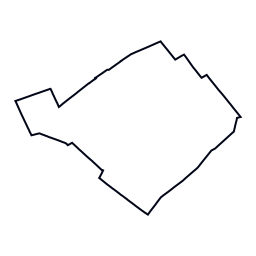 outline of Biled, Timis, Romania
{"feature_id": "2599482B65563372669313", "entity_name": "Biled", "entity_type": "district", "adm_level": 2, "iso_a3": "ROU", "parent_name": "Romania", "parent_adm1": "Timis", "projection": "robinson", "projection_center": [20.95, 45.877], "detail": "fine", "context": "isolated", "style": "outline", "palette": "ink", "viewbox_px": 256, "rotation_deg": 0, "n_neighbors": 0, "source": "geoboundaries", "source_scale": "gbopen_adm2", "svg_char_len": 2791}
<svg xmlns="http://www.w3.org/2000/svg" viewBox="0 0 256 256"><path d="M147.9,214.6L150.6,210.8L153.9,206.6L155.7,204.2L157.6,201.6L160.8,197.4L163.3,195.4L168.5,191.6L170.7,189.9L173.7,187.5L180.0,182.8L182.9,180.6L185.7,178.0L188.5,175.6L190.9,173.5L196.3,168.9L196.9,168.4L197.8,167.5L199.5,165.4L200.3,164.3L203.9,159.8L207.7,155.1L211.4,150.5L215.0,148.6L215.3,148.4L218.2,145.7L223.2,141.2L227.6,137.2L232.2,133.0L232.9,132.4L233.3,132.1L233.8,131.7L234.5,128.8L235.5,124.4L236.7,119.7L237.0,117.9L240.6,117.0L237.1,112.6L234.0,108.8L233.5,108.2L230.4,104.2L228.8,102.3L226.6,99.5L225.4,98.0L223.1,95.2L221.7,93.5L218.7,90.1L216.9,87.8L213.7,83.8L210.2,79.5L207.2,75.6L206.7,74.9L205.1,75.8L202.8,77.1L201.6,77.8L199.8,75.7L196.4,71.3L192.8,66.9L192.4,66.3L188.6,60.9L185.9,57.1L185.1,56.0L184.0,54.6L181.5,55.9L176.8,58.7L175.2,59.6L171.6,55.1L168.4,51.1L167.4,49.8L165.7,47.8L163.7,45.3L161.8,43.0L160.6,41.4L156.8,43.0L149.4,46.3L147.8,47.0L141.5,49.7L137.7,51.3L135.5,52.2L134.5,52.7L132.5,53.6L132.2,53.7L131.5,54.0L131.3,54.0L129.6,55.2L125.2,58.1L121.2,60.8L121.3,60.9L119.5,62.2L116.1,64.6L112.3,67.3L109.3,69.5L108.7,69.9L108.1,69.8L107.6,69.7L107.2,69.8L106.8,70.0L105.1,71.2L101.8,73.5L98.7,75.6L96.7,77.0L95.3,77.8L95.9,78.4L94.6,79.4L94.4,79.3L94.0,79.6L93.2,80.2L89.0,83.4L88.8,83.3L85.5,85.9L81.3,89.2L78.5,91.4L76.1,93.4L73.5,95.4L69.7,98.3L67.4,100.1L63.6,103.1L62.0,104.4L60.4,105.8L58.9,107.0L57.8,104.5L57.0,102.6L56.6,102.0L55.1,98.8L54.0,96.4L52.6,93.5L52.3,92.5L51.9,91.7L50.5,88.8L50.4,88.8L46.3,90.2L42.3,91.6L39.2,92.7L36.5,93.6L32.5,95.0L28.4,96.5L25.5,97.5L21.9,98.8L19.3,99.7L15.4,101.0L16.2,102.6L18.3,107.3L21.1,113.6L24.0,119.7L27.8,127.7L28.8,129.7L29.3,130.8L30.0,132.4L30.8,133.8L31.0,134.4L31.5,135.3L33.1,134.9L33.7,134.8L36.1,134.1L37.5,133.8L39.2,133.4L39.4,133.4L40.9,133.9L41.5,134.2L44.0,135.1L45.8,135.8L46.8,136.1L48.1,136.7L49.1,137.1L49.6,137.3L51.3,137.8L52.8,138.4L54.3,138.9L56.5,139.7L57.9,140.2L59.8,140.9L62.7,142.1L63.4,142.3L63.9,142.5L64.5,142.7L65.2,143.0L65.5,143.1L65.9,143.4L66.2,143.6L66.4,143.8L66.7,144.1L67.2,144.4L67.4,144.7L67.8,145.2L72.1,142.8L75.0,145.5L77.8,148.1L79.1,149.4L81.3,151.3L82.6,152.5L83.4,153.3L83.7,153.5L86.0,155.7L87.4,156.9L89.2,158.5L91.1,160.1L91.8,160.7L93.7,162.5L95.9,164.5L97.9,166.4L101.2,169.5L102.6,170.9L102.9,170.3L103.1,170.4L101.2,174.3L100.6,175.4L99.5,177.5L99.2,177.9L100.9,179.3L102.1,180.3L104.6,182.3L105.9,183.4L106.8,184.1L108.6,185.5L110.0,186.5L112.6,188.5L114.7,190.0L116.7,191.5L117.7,192.3L118.8,193.1L120.6,194.6L121.2,195.0L123.1,196.3L124.9,197.7L126.4,198.8L128.0,200.1L128.7,200.6L129.3,201.1L130.8,202.2L132.6,203.5L134.9,205.3L136.7,206.7L137.7,207.4L140.5,209.5L141.9,210.5L144.7,212.5L146.1,213.4L147.9,214.6Z" fill="none" stroke="#020617" stroke-width="2"/></svg>